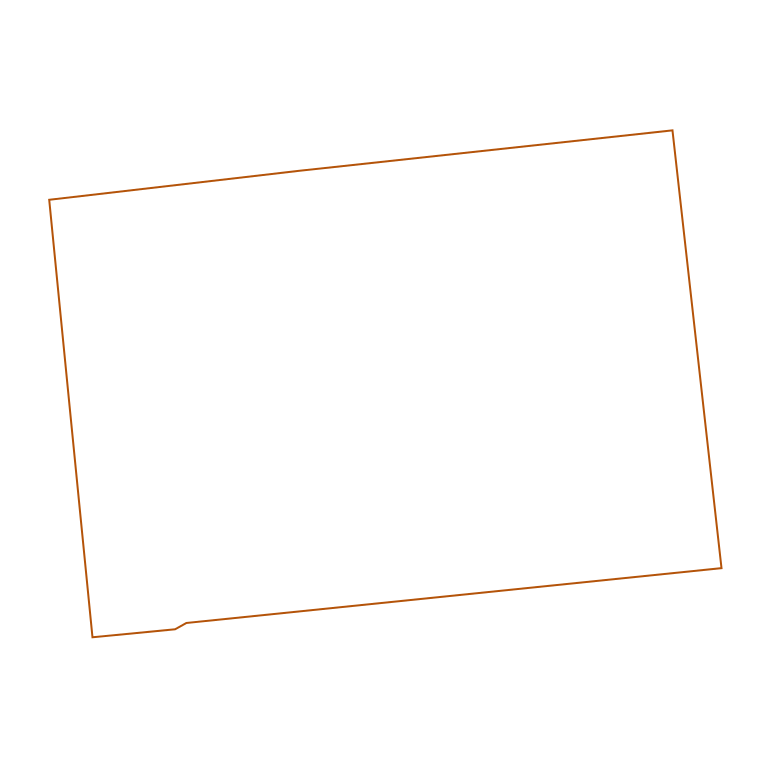 DeSoto, Florida, United States of America, rotated 354°
{"feature_id": "52423323B50185112630259", "entity_name": "DeSoto", "entity_type": "district", "adm_level": 2, "iso_a3": "USA", "parent_name": "United States of America", "parent_adm1": "Florida", "projection": "orthographic", "projection_center": [-81.91, 27.186], "detail": "fine", "context": "isolated", "style": "outline", "palette": "amber", "viewbox_px": 768, "rotation_deg": 354, "n_neighbors": 0, "source": "geoboundaries", "source_scale": "gbopen_adm2", "svg_char_len": 270}
<svg xmlns="http://www.w3.org/2000/svg" viewBox="0 0 768 768"><g transform="rotate(354 384 384)"><path d="M69.1,353.2L67.6,605.4L150.6,606.1L162.5,601.0L700.4,602.4L697.4,161.9L321.4,163.1L70.3,165.8L69.1,353.2Z" fill="none" stroke="#b45309" stroke-width="2"/></g></svg>